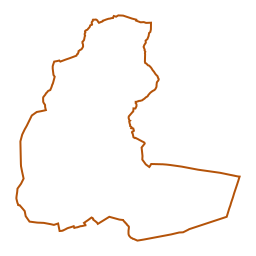 outline of Tenejapa, Chiapas, Mexico
{"feature_id": "50627088B11943504211308", "entity_name": "Tenejapa", "entity_type": "district", "adm_level": 2, "iso_a3": "MEX", "parent_name": "Mexico", "parent_adm1": "Chiapas", "projection": "orthographic", "projection_center": [-92.464, 16.848], "detail": "fine", "context": "isolated", "style": "outline", "palette": "amber", "viewbox_px": 256, "rotation_deg": 0, "n_neighbors": 0, "source": "geoboundaries", "source_scale": "gbopen_adm2", "svg_char_len": 5445}
<svg xmlns="http://www.w3.org/2000/svg" viewBox="0 0 256 256"><path d="M189.1,229.2L226.7,216.8L227.9,212.9L228.9,209.6L229.2,208.6L230.4,205.3L231.0,203.1L232.1,199.8L232.5,198.7L233.2,196.5L234.2,193.1L237.2,184.2L237.5,183.2L238.3,180.8L238.9,178.8L239.6,176.6L237.6,176.4L220.1,172.8L198.1,169.7L181.6,166.6L170.2,165.0L166.7,164.6L163.0,164.3L151.2,164.0L149.7,166.5L149.3,167.0L145.8,164.4L142.3,159.6L142.5,156.0L141.6,147.5L144.7,143.6L144.4,142.6L143.5,142.1L142.8,141.7L142.6,141.6L141.7,141.2L140.9,140.7L140.7,140.6L139.7,140.1L138.6,139.5L138.5,139.4L138.3,139.3L137.3,138.8L137.1,138.7L136.9,138.6L135.7,138.0L135.6,137.9L135.0,138.1L134.8,138.0L133.5,137.3L132.8,134.2L132.5,133.1L132.4,133.0L132.2,132.9L132.0,132.7L132.1,132.2L132.2,131.7L132.5,131.6L133.7,131.0L133.9,130.8L133.9,130.6L133.3,128.5L133.1,128.5L132.0,128.3L131.3,128.2L131.7,127.4L131.2,126.9L131.0,126.7L130.8,126.6L130.4,126.3L130.2,126.2L130.1,125.3L130.1,125.1L130.1,124.9L130.1,124.5L130.0,124.4L129.7,123.7L129.6,123.3L129.5,122.7L129.5,122.4L129.2,121.8L129.2,121.6L129.4,121.2L130.0,120.7L129.3,120.3L128.6,117.9L128.7,117.0L128.8,116.4L132.9,111.6L133.2,111.5L133.5,108.8L133.5,108.4L135.4,108.5L135.8,107.7L136.5,106.1L136.5,104.5L135.9,103.2L135.7,103.1L135.7,101.9L136.4,102.0L137.0,101.6L137.9,101.3L138.4,101.2L139.0,100.9L139.6,100.9L140.0,100.9L142.4,100.2L143.1,99.5L144.0,99.0L144.3,98.7L144.8,98.4L145.3,97.8L145.6,97.6L145.9,97.3L146.7,96.9L146.8,96.8L147.7,96.2L148.0,95.6L148.2,95.2L149.8,93.3L150.7,92.4L151.7,91.7L152.4,91.1L153.2,90.7L154.3,90.1L155.0,89.5L155.4,89.0L155.7,88.4L156.3,87.3L156.4,86.8L156.5,86.3L156.6,85.6L156.5,85.1L156.8,83.0L156.9,82.3L157.6,81.3L158.0,80.9L158.3,80.5L158.4,80.1L158.6,79.8L158.7,79.2L158.5,78.6L158.2,78.1L157.9,77.7L157.9,77.4L157.7,76.6L157.3,75.9L156.8,75.5L155.6,74.2L155.3,73.8L155.0,73.3L154.3,72.3L154.2,72.0L153.3,70.9L152.8,70.4L151.4,68.1L151.0,67.6L150.5,67.0L149.2,65.7L148.9,65.5L148.3,65.4L148.0,65.3L147.5,64.8L146.6,63.8L146.1,63.4L145.3,63.1L144.9,61.8L145.1,54.1L144.9,53.1L145.3,51.7L144.6,50.5L144.7,49.6L143.6,46.9L144.4,44.8L145.8,42.7L145.6,40.6L147.4,39.1L148.6,36.0L149.1,33.0L150.3,32.0L150.9,29.4L151.0,22.7L146.1,22.9L143.8,22.1L140.6,22.3L136.1,20.6L136.3,19.7L132.1,18.6L123.1,15.6L118.3,15.4L116.1,16.7L113.8,16.0L113.3,17.0L113.0,18.0L111.7,18.1L111.3,18.2L109.9,18.6L109.3,18.7L108.9,18.7L108.4,18.8L108.1,18.9L106.2,19.5L105.2,19.9L104.7,20.1L104.2,20.3L103.7,20.4L103.5,20.5L103.2,20.8L102.9,20.8L102.9,21.0L102.7,21.2L102.3,21.5L101.9,21.6L101.6,21.8L101.3,21.9L100.2,22.2L99.9,22.5L99.3,22.6L99.0,22.8L98.6,22.3L98.2,21.9L97.9,21.4L97.7,21.1L97.4,20.5L97.1,20.2L95.9,19.5L94.9,19.7L93.0,19.7L92.8,20.0L92.8,20.3L92.7,20.8L92.7,21.1L92.5,21.3L91.9,21.9L91.8,22.1L91.7,22.6L91.7,22.9L91.7,23.3L92.0,24.0L92.1,24.4L92.0,24.6L91.9,24.8L91.3,24.9L90.9,25.1L90.4,25.2L90.2,25.4L89.9,26.3L89.8,26.6L89.5,27.3L88.8,28.0L88.0,28.9L87.4,29.7L87.0,29.9L86.6,30.0L86.3,30.2L85.8,30.4L85.4,30.7L85.1,31.1L85.0,31.5L85.4,32.2L85.3,32.7L85.1,32.8L84.9,33.1L84.7,33.9L84.7,34.3L84.7,34.8L84.9,35.0L85.1,35.4L85.1,35.8L84.9,36.0L84.7,36.8L84.6,37.0L84.5,37.5L84.4,38.3L84.2,39.1L84.1,39.8L83.9,40.2L83.7,40.4L83.4,40.6L83.3,41.0L83.1,41.2L82.8,41.7L82.5,41.8L82.5,42.2L82.4,42.9L82.5,43.0L82.6,43.4L83.0,44.4L83.0,45.4L83.1,45.8L83.1,46.3L83.0,46.7L82.7,47.4L82.3,48.0L82.1,48.4L81.6,49.1L81.3,49.4L80.7,49.6L80.0,50.0L79.7,50.3L79.3,50.6L79.0,50.8L78.5,51.2L78.5,52.0L78.5,52.3L78.2,52.7L78.1,53.2L77.7,54.0L77.1,54.2L76.4,55.7L69.4,58.3L65.6,59.6L60.3,61.6L59.2,60.5L58.7,60.7L58.2,60.8L56.9,61.1L54.2,61.6L52.9,65.5L52.7,66.3L52.7,68.6L53.5,75.0L54.7,76.7L53.1,82.7L52.7,84.0L52.4,84.3L52.2,84.8L52.1,85.3L51.4,87.4L50.7,89.0L50.5,89.3L50.5,89.5L50.3,90.0L49.9,90.2L48.9,90.6L48.4,90.8L48.0,91.1L47.9,91.2L47.7,91.4L47.6,91.5L47.4,91.9L46.9,92.5L45.8,93.5L45.7,93.9L45.5,94.4L44.1,96.1L43.2,97.3L43.1,98.7L43.2,101.3L43.2,101.8L43.5,102.5L44.1,103.6L44.3,103.8L44.8,104.5L45.0,104.8L45.1,105.5L45.1,106.8L45.4,108.3L45.9,110.1L44.7,110.4L41.0,111.2L38.3,111.7L36.7,112.0L31.8,115.5L26.7,125.9L24.7,129.4L22.2,134.6L20.4,141.4L20.9,164.2L21.0,165.6L21.0,166.1L22.1,171.7L23.6,178.6L21.0,183.8L17.5,188.6L17.2,191.9L16.5,196.6L16.5,197.1L16.4,197.5L16.4,198.1L16.4,198.7L17.5,203.1L17.7,203.5L17.9,203.8L18.0,204.3L18.1,205.0L19.7,205.5L19.8,205.4L22.6,208.6L24.7,211.1L25.7,216.2L29.5,221.6L37.2,222.6L41.9,222.8L43.8,222.9L50.8,224.2L53.9,224.9L58.1,223.5L59.6,231.0L61.2,230.9L61.8,230.8L62.4,230.7L62.7,230.7L63.1,230.3L63.6,230.2L64.6,229.7L65.0,229.5L65.4,229.3L65.9,229.1L66.4,228.7L67.6,228.2L68.0,228.0L68.7,227.8L69.3,227.6L69.8,227.5L72.3,226.7L73.7,226.2L74.3,227.9L75.9,227.5L76.4,227.4L77.2,227.3L78.5,226.9L80.5,226.2L81.9,226.1L83.2,225.8L84.4,225.5L85.5,225.3L85.5,225.0L85.0,224.2L84.0,222.9L84.4,222.6L88.2,220.0L91.4,217.6L91.5,217.7L92.5,217.9L92.8,218.7L93.2,218.9L93.3,219.7L95.2,221.1L97.0,222.6L97.8,223.9L109.3,216.8L119.5,219.6L123.1,220.0L123.2,220.3L124.5,221.9L125.0,222.2L125.2,222.7L125.7,223.0L126.1,223.5L126.3,223.9L126.8,224.2L127.0,224.7L127.3,225.1L127.7,225.4L128.6,226.3L128.9,226.9L128.9,227.2L128.8,228.0L128.8,228.4L128.8,228.6L128.5,230.6L128.5,233.7L128.6,234.4L128.8,235.0L129.2,235.8L129.9,236.6L130.4,237.2L130.6,237.4L130.9,237.7L131.9,238.1L132.6,238.6L132.8,238.8L133.6,238.9L137.4,240.6L143.5,239.6L159.5,236.6L171.2,234.4L179.2,232.5L183.1,232.3L188.5,229.6L189.1,229.2Z" fill="none" stroke="#b45309" stroke-width="2"/></svg>